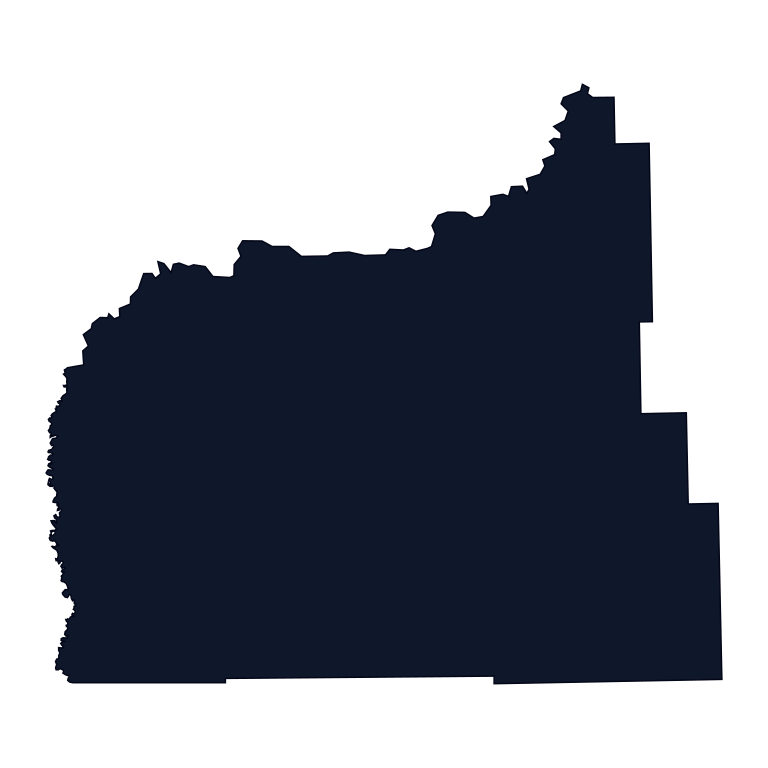 Garfield, Montana, United States of America
{"feature_id": "52423323B69733440300774", "entity_name": "Garfield", "entity_type": "district", "adm_level": 2, "iso_a3": "USA", "parent_name": "United States of America", "parent_adm1": "Montana", "projection": "albers", "projection_center": [-107.725, 47.414], "detail": "fine", "context": "isolated", "style": "filled", "palette": "ink", "viewbox_px": 768, "rotation_deg": 0, "n_neighbors": 0, "source": "geoboundaries", "source_scale": "gbopen_adm2", "svg_char_len": 5014}
<svg xmlns="http://www.w3.org/2000/svg" viewBox="0 0 768 768"><path d="M67.5,367.7L66.0,369.0L64.4,369.9L64.7,371.5L65.4,372.1L64.5,373.6L63.5,374.1L64.3,375.0L65.6,376.3L67.0,378.4L66.7,382.3L67.2,384.5L65.4,385.5L63.5,385.5L64.1,386.9L66.2,387.0L67.5,387.3L66.6,389.0L66.9,391.7L66.8,393.1L65.1,394.4L63.0,395.7L61.1,398.4L61.9,399.8L62.1,401.0L59.9,400.7L57.7,401.7L58.5,403.2L59.2,402.9L59.9,404.4L60.1,405.3L58.1,406.4L56.5,406.1L56.1,408.0L56.6,408.0L56.1,409.3L55.5,409.2L55.9,410.2L56.6,411.3L54.9,412.2L52.4,413.8L51.1,415.7L52.1,416.7L51.1,418.0L49.8,417.9L48.4,419.4L49.1,421.2L51.6,422.9L51.6,425.1L50.4,425.5L49.8,428.6L48.4,430.5L49.7,432.8L50.9,432.8L51.3,434.0L50.3,435.5L50.2,437.4L51.3,436.7L50.8,435.7L51.9,435.5L52.3,436.3L53.5,436.1L54.8,435.3L55.6,435.4L56.9,435.9L57.8,436.4L56.9,437.3L55.7,438.2L52.6,438.6L50.2,443.1L51.6,445.5L53.1,445.3L53.9,446.7L52.7,447.8L51.8,449.4L48.6,450.4L48.0,452.0L49.0,452.7L50.3,452.4L52.8,453.7L52.5,455.1L50.8,455.0L48.6,456.7L48.3,458.0L47.6,459.3L49.0,460.3L50.8,460.0L51.5,462.4L51.9,463.6L51.3,464.2L50.5,463.3L50.7,462.8L50.2,463.1L48.7,463.8L48.0,465.7L49.8,467.3L51.5,468.1L53.4,469.0L52.6,470.2L50.5,470.0L48.1,469.8L46.8,471.7L46.1,472.9L47.2,474.3L48.6,474.9L50.1,475.5L51.4,475.4L52.6,476.3L53.0,478.5L51.8,479.5L49.5,478.4L48.8,480.0L49.0,480.7L50.0,481.6L50.6,483.3L50.3,484.8L49.0,483.9L48.3,482.5L47.9,484.5L49.9,486.3L52.2,486.3L52.1,485.6L53.8,485.9L54.5,486.8L54.5,488.0L54.0,488.1L55.1,489.6L57.1,492.0L56.6,496.4L54.4,498.2L54.1,499.2L53.2,500.7L53.1,502.2L55.0,502.5L57.0,502.6L58.8,504.5L57.9,504.1L57.0,504.2L57.2,505.7L58.5,505.9L59.0,507.5L57.8,508.5L57.4,510.5L59.1,510.1L58.9,508.8L60.6,509.0L61.4,509.6L61.0,511.7L59.6,512.4L59.5,514.3L59.9,514.9L60.0,516.4L58.4,517.5L56.3,516.2L56.1,515.2L55.7,514.6L53.9,515.8L54.6,517.9L56.4,519.2L56.2,521.5L56.9,523.0L55.3,522.5L54.7,521.0L54.5,520.6L52.9,520.6L51.0,520.8L51.9,523.0L53.1,524.8L55.1,527.2L56.7,529.2L54.3,530.5L52.4,530.4L50.5,530.9L50.9,532.1L51.7,531.9L53.7,531.1L55.1,531.2L55.1,533.3L53.3,535.2L52.4,535.7L51.3,535.2L51.2,533.6L50.0,534.8L50.3,536.4L49.3,538.0L49.8,539.4L50.5,540.5L52.9,541.2L53.7,540.5L55.5,541.5L56.7,543.7L57.5,543.6L59.1,545.4L58.4,545.9L58.0,545.2L57.1,544.5L56.5,545.0L55.8,546.6L53.9,546.9L52.8,546.2L51.9,546.5L53.2,547.9L56.8,550.2L58.1,553.2L58.3,556.1L57.2,559.1L55.7,558.7L56.1,560.7L56.9,560.6L57.6,560.4L58.2,562.2L58.8,563.7L60.1,562.7L59.9,561.2L62.1,561.1L63.1,562.1L63.0,563.6L61.6,564.8L60.9,566.2L62.0,568.1L63.6,567.5L65.0,567.5L65.3,568.1L64.2,569.2L62.9,569.4L62.1,570.2L61.5,571.4L62.8,572.7L63.9,572.3L64.3,572.6L63.2,573.5L62.5,575.1L61.2,576.0L60.8,575.8L61.9,576.8L61.4,579.6L61.1,580.7L62.1,581.5L63.7,581.8L66.2,583.4L67.5,586.3L68.0,588.1L68.5,587.9L68.8,588.0L67.8,589.6L65.2,589.6L62.4,592.8L62.6,594.2L65.0,597.0L67.4,597.6L68.5,596.1L68.9,594.9L69.6,594.2L71.0,595.7L71.4,598.4L72.5,600.6L73.1,599.9L74.2,600.4L74.2,601.8L74.4,603.8L75.6,604.5L75.5,605.7L74.3,606.1L73.9,606.9L74.2,607.4L73.9,608.5L73.3,609.3L74.6,610.3L75.3,611.5L75.5,612.1L74.1,613.6L72.9,613.7L72.5,613.4L71.9,614.7L72.9,615.6L74.1,616.1L73.0,616.7L72.0,616.1L70.1,617.4L69.7,618.7L68.7,619.3L67.7,618.8L66.8,619.6L65.8,619.5L66.2,620.8L67.9,622.9L67.6,624.7L66.2,625.3L66.2,626.0L67.4,627.1L67.8,629.1L65.2,631.6L64.7,634.3L65.9,636.0L67.3,636.3L67.6,636.1L67.0,638.1L65.4,637.9L62.8,637.8L61.2,638.8L61.1,640.4L62.5,641.1L63.8,641.1L64.6,641.5L63.3,642.1L61.8,642.4L60.7,643.5L61.2,644.0L61.6,645.1L62.9,645.7L62.7,647.9L60.8,647.9L58.6,647.6L58.7,650.6L59.9,652.7L58.7,655.7L58.9,657.3L58.4,658.7L56.7,659.1L55.5,661.7L56.7,664.3L55.6,667.8L56.1,669.8L58.3,669.8L60.0,668.6L63.1,669.9L63.6,671.7L62.9,673.1L65.5,674.7L67.8,675.6L68.9,675.3L69.1,677.3L68.2,678.2L67.7,680.4L69.7,682.1L72.8,682.7L225.4,682.7L225.4,678.4L494.1,676.1L494.1,683.7L721.9,679.4L721.7,671.8L718.1,503.4L688.2,504.0L686.3,412.8L640.9,413.7L639.3,321.9L652.4,321.7L649.1,143.3L614.9,144.0L614.0,97.3L592.7,97.5L587.4,93.7L588.9,87.8L582.4,84.3L580.7,90.9L563.5,97.6L561.1,103.8L568.3,111.0L565.0,120.5L553.7,126.5L561.1,132.9L561.1,139.3L553.9,138.4L549.5,141.6L555.3,148.8L554.7,154.6L542.8,159.7L544.9,166.0L540.2,174.3L526.5,178.7L529.1,189.3L526.8,193.3L522.5,186.2L511.4,186.7L508.5,196.4L502.9,194.3L490.8,196.5L491.1,205.3L483.1,216.5L474.0,218.1L464.9,212.4L447.8,212.1L438.1,215.4L432.0,225.6L435.4,233.8L431.5,246.6L427.4,248.4L415.9,251.3L409.1,247.8L403.4,250.0L389.8,249.3L385.5,254.9L364.6,255.5L349.1,252.1L333.3,252.9L327.6,256.0L301.4,256.4L288.9,246.5L272.1,246.5L262.0,241.0L242.6,240.8L238.0,248.4L241.0,256.3L234.2,264.5L233.9,275.7L229.8,277.5L212.9,276.5L205.2,266.6L193.6,264.8L188.7,266.6L179.2,263.1L173.4,264.3L171.1,272.6L163.9,263.6L157.9,261.6L160.7,273.8L155.3,278.3L152.0,273.5L143.7,273.6L138.4,289.1L130.6,296.9L130.4,304.0L119.4,308.5L119.8,316.6L114.2,318.9L108.9,313.8L107.7,317.7L100.2,317.5L92.3,323.7L91.3,328.7L83.3,334.6L88.4,346.0L82.8,350.9L83.7,364.9L67.5,367.7Z" fill="#0f172a" stroke="#020617" stroke-width="1.5"/></svg>